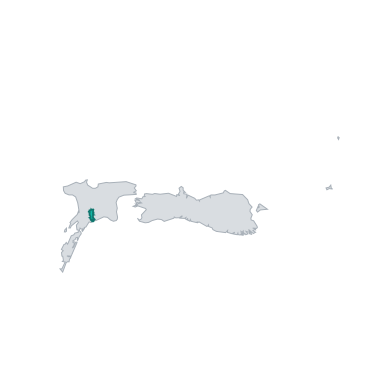 Åtorohanga District, Waikato, New Zealand (highlighted), rotated 236°
{"feature_id": "76426892B74267582170982", "entity_name": "Åtorohanga District", "entity_type": "district", "adm_level": 2, "iso_a3": "NZL", "parent_name": "New Zealand", "parent_adm1": "Waikato", "projection": "mercator", "projection_center": [175.074, -38.229], "detail": "fine", "context": "in_parent", "style": "filled", "palette": "teal", "viewbox_px": 384, "rotation_deg": 236, "n_neighbors": 0, "source": "geoboundaries", "source_scale": "gbopen_adm2", "svg_char_len": 6299}
<svg xmlns="http://www.w3.org/2000/svg" viewBox="0 0 384 384"><g transform="rotate(236 192 192)"><path d="M202.9,144.2L204.3,144.3L210.4,139.6L212.9,138.5L213.6,138.4L212.2,139.9L212.5,140.9L211.1,144.1L212.3,143.6L213.0,141.3L213.8,140.9L213.5,139.6L217.2,140.1L215.9,142.3L214.0,143.6L215.2,143.7L218.0,141.4L218.0,142.8L214.4,146.6L215.5,148.8L214.5,150.5L215.6,150.3L216.9,151.6L216.1,153.4L212.2,157.9L211.6,160.2L208.0,164.3L204.1,171.8L197.0,176.7L198.3,178.0L195.8,179.9L197.8,179.5L199.2,182.4L202.4,183.4L202.6,186.2L200.5,187.0L198.5,185.7L195.5,186.2L196.5,185.0L195.2,184.2L193.0,186.6L189.9,183.8L191.6,187.0L185.3,190.7L182.7,191.1L181.8,193.1L180.3,193.2L181.2,193.8L179.2,204.2L177.4,204.2L179.0,205.3L178.8,206.3L176.7,209.4L173.8,217.4L174.8,219.3L174.7,220.6L169.4,222.7L161.6,232.5L154.5,233.8L150.5,232.7L145.9,233.4L145.1,230.6L143.5,229.2L139.4,229.2L137.4,226.2L135.7,225.4L133.7,227.0L127.2,226.8L126.0,226.3L125.7,225.2L128.2,222.1L126.0,223.8L125.0,223.6L125.9,222.2L125.8,220.9L123.1,222.2L123.3,219.6L129.3,217.9L126.9,217.6L126.8,216.7L129.1,214.8L126.0,215.0L126.5,212.7L128.2,212.6L127.6,211.0L131.1,212.7L130.6,211.1L132.0,210.6L129.6,209.5L129.5,207.8L130.8,206.5L132.3,207.1L131.3,205.6L134.2,202.7L134.8,205.0L135.1,201.8L138.7,198.8L140.2,200.0L139.5,197.2L145.7,190.2L149.1,188.3L151.0,188.6L154.1,186.5L155.5,187.3L154.9,185.8L155.3,185.0L163.3,181.1L163.4,179.8L164.2,179.6L163.6,179.2L168.2,174.9L170.1,175.2L169.0,173.9L170.9,172.8L172.7,173.7L171.7,172.3L173.4,171.5L174.2,172.7L174.3,171.0L177.0,167.5L177.5,170.3L177.9,169.9L177.7,167.2L179.7,164.0L181.2,163.3L180.4,162.4L183.2,152.5L186.2,151.3L188.8,148.4L190.6,143.0L191.1,138.9L192.7,135.9L197.2,132.1L200.8,132.1L198.3,132.5L197.9,134.5L198.7,136.1L201.3,137.3L202.9,144.2ZM201.0,41.1L204.9,47.7L206.9,45.7L207.2,47.2L211.0,48.9L211.6,48.3L214.8,50.0L215.3,52.4L217.4,51.6L220.1,56.5L219.7,57.8L220.5,59.5L218.3,59.7L223.2,67.4L222.6,70.1L223.4,71.9L222.2,75.3L224.3,76.4L225.0,75.5L229.2,77.6L230.2,80.8L232.1,80.8L231.4,73.0L230.2,71.0L231.1,69.8L233.8,73.9L234.9,73.7L236.1,77.1L237.5,84.3L239.2,86.6L238.3,86.2L238.1,86.8L238.9,87.5L246.9,91.2L253.0,92.8L256.4,91.3L258.4,88.4L261.8,86.1L265.0,86.3L268.2,88.2L266.5,92.3L264.9,101.4L261.4,104.0L260.6,108.6L261.3,110.5L260.6,112.0L259.1,110.0L256.0,109.4L250.6,111.7L249.1,114.0L248.9,116.9L251.0,118.8L247.8,126.4L245.9,128.5L237.4,143.2L229.3,149.5L228.3,149.0L227.6,146.4L224.1,146.5L224.4,143.6L224.0,143.3L222.6,145.0L221.2,144.4L227.5,133.7L228.6,128.5L227.5,125.7L225.7,123.2L220.4,121.0L217.8,118.3L212.7,116.2L211.3,114.9L210.7,113.2L211.7,110.5L214.4,108.8L218.3,107.7L220.7,105.0L222.1,96.4L223.6,93.3L223.2,91.3L224.7,89.9L222.3,84.5L222.8,82.8L222.0,82.6L220.6,79.2L221.5,79.1L222.4,81.0L223.2,79.4L224.7,79.0L222.9,76.9L220.8,77.5L219.3,76.8L218.1,73.6L215.8,70.1L216.5,70.0L218.4,71.7L219.0,70.4L217.8,68.3L218.3,66.3L216.8,65.2L216.6,66.5L214.0,64.6L212.5,61.4L212.5,63.0L215.5,67.6L214.7,68.6L214.2,68.1L206.4,55.9L209.0,52.6L207.5,53.3L206.0,55.3L205.3,54.5L204.8,52.9L202.9,51.0L203.8,49.8L203.8,48.2L197.9,40.0L202.0,39.6L201.0,41.1ZM140.7,235.0L143.0,238.6L141.8,238.4L141.8,239.2L144.2,240.0L144.2,241.6L135.5,244.9L138.9,238.7L138.7,235.1L140.7,235.0ZM119.3,308.4L120.1,310.9L117.3,309.6L115.8,310.2L118.1,307.7L118.4,305.1L120.4,305.4L119.3,308.4ZM231.7,65.4L232.2,67.7L229.7,66.0L229.6,64.7L230.3,63.9L231.7,65.4ZM212.5,137.6L210.9,138.5L211.3,136.5L213.1,135.2L212.5,137.6ZM126.2,216.9L125.9,218.2L123.6,217.7L125.4,216.2L126.2,216.9ZM155.4,343.0L156.1,344.0L154.8,344.4L153.6,342.9L155.4,343.0ZM129.0,208.7L129.5,210.8L127.9,209.8L129.0,208.7Z" fill="#d9dde1" stroke="#a8b0b8" stroke-width="1"/><path d="M224.3,92.5L224.0,92.6L223.9,92.7L224.0,92.9L223.9,92.8L223.9,92.7L223.9,92.8L223.8,93.0L223.7,93.0L223.8,93.2L223.8,93.3L223.7,93.3L223.6,93.2L223.4,93.2L223.5,93.1L223.4,93.0L223.1,93.2L223.0,93.3L222.9,93.9L222.9,94.1L223.1,94.1L223.3,94.1L223.5,93.8L223.5,93.6L223.7,93.8L223.8,93.8L223.8,93.7L223.9,93.8L224.1,93.6L224.2,93.8L224.3,93.8L224.4,93.7L224.5,93.7L224.5,93.8L224.4,93.8L224.3,94.0L224.4,93.9L224.5,93.9L224.4,93.9L224.3,94.0L224.2,94.0L224.3,94.1L224.5,94.1L224.4,94.2L224.5,94.2L224.5,94.3L224.6,94.2L224.6,94.3L224.6,94.2L224.6,94.3L224.5,94.2L224.4,94.2L224.4,94.3L224.4,94.2L224.2,94.3L224.0,94.5L224.3,94.5L224.2,94.7L224.3,94.7L224.2,94.7L224.1,94.8L224.0,94.7L223.9,94.8L224.0,94.7L223.9,94.7L223.9,94.4L223.8,94.5L223.7,94.7L223.8,94.5L223.7,94.5L223.5,94.8L223.4,94.8L223.5,94.8L223.6,94.7L223.6,94.8L223.8,94.9L223.8,95.0L223.7,95.4L223.6,95.5L223.6,96.1L223.8,96.1L224.2,95.8L224.3,95.9L224.6,95.9L224.8,95.8L225.0,95.9L225.3,95.9L225.2,95.8L225.3,95.7L225.3,95.4L225.5,95.4L225.8,95.4L225.8,95.5L225.7,95.6L226.2,95.6L226.2,95.9L226.3,96.0L226.6,96.1L226.9,96.2L227.1,96.3L227.3,96.4L227.5,96.3L227.7,96.2L227.8,96.3L227.8,96.5L227.8,96.8L228.2,97.0L228.1,97.3L228.4,97.3L228.2,97.7L228.4,97.6L228.7,97.7L228.8,97.6L229.0,97.6L229.4,97.6L229.5,97.7L229.5,97.9L229.6,98.1L229.6,98.3L229.6,98.5L229.8,98.4L229.8,98.6L229.7,98.7L229.8,98.8L230.0,99.0L230.3,99.1L230.5,99.0L230.4,98.6L230.7,98.6L230.8,99.1L231.3,99.0L231.9,99.8L232.1,100.1L232.4,100.5L232.9,100.4L232.9,100.0L233.0,99.8L232.9,99.8L232.9,99.7L233.0,99.7L233.2,99.4L233.3,99.4L233.4,99.2L233.6,99.2L233.8,99.0L233.8,98.8L234.0,98.7L233.9,98.6L234.0,98.6L233.9,98.5L233.9,98.3L233.9,98.2L233.7,97.9L233.6,97.6L233.8,97.5L233.8,97.4L233.7,96.8L233.8,96.7L233.7,96.6L233.7,96.4L233.8,96.4L233.7,96.3L233.7,96.2L233.7,95.9L233.7,95.7L233.6,95.4L233.4,95.4L233.3,95.2L232.4,95.5L232.2,95.9L231.8,95.3L231.7,95.3L231.7,95.2L231.6,94.9L231.3,94.9L231.2,94.8L231.3,94.9L231.2,94.9L231.0,94.7L230.9,94.5L230.8,94.4L230.7,94.4L230.4,94.3L230.3,94.2L230.2,94.3L230.1,94.1L229.8,94.2L229.7,94.2L229.5,94.3L229.4,94.2L229.2,94.2L229.2,94.3L228.6,94.2L228.1,94.0L228.0,93.9L227.9,93.8L228.0,93.8L227.9,93.7L227.9,93.8L227.9,93.7L228.0,93.6L228.0,93.4L228.0,93.2L228.0,92.9L227.9,93.0L227.5,92.9L227.5,93.1L227.4,93.1L227.4,93.3L227.2,93.3L227.2,93.1L226.8,93.0L227.0,92.8L226.8,92.6L226.1,92.7L225.8,92.5L225.7,92.6L225.3,92.5L225.3,92.4L225.2,92.4L225.0,92.5L224.9,92.5L224.7,92.8L224.6,92.7L224.3,92.5ZM223.9,94.5L224.0,94.6L223.9,94.5ZM223.2,94.4L223.2,94.5L223.2,94.4Z" fill="#14b8a6" stroke="#0f766e" stroke-width="1.5"/></g></svg>